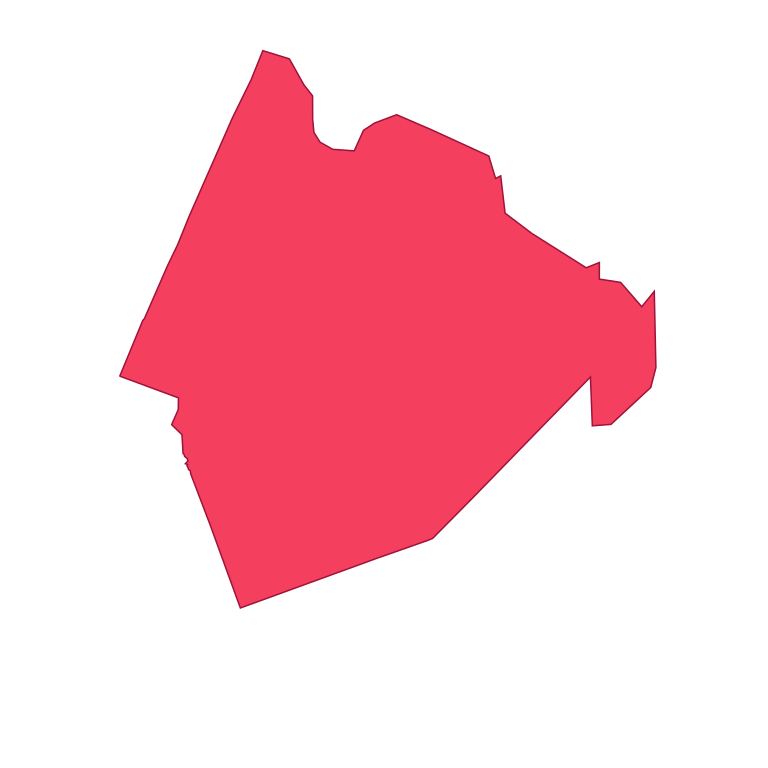 the district of Allegheny, Pennsylvania, United States of America, rotated 293°
{"feature_id": "52423323B21471861294441", "entity_name": "Allegheny", "entity_type": "district", "adm_level": 2, "iso_a3": "USA", "parent_name": "United States of America", "parent_adm1": "Pennsylvania", "projection": "albers", "projection_center": [-79.965, 40.435], "detail": "fine", "context": "isolated", "style": "filled", "palette": "rose", "viewbox_px": 768, "rotation_deg": 293, "n_neighbors": 0, "source": "geoboundaries", "source_scale": "gbopen_adm2", "svg_char_len": 951}
<svg xmlns="http://www.w3.org/2000/svg" viewBox="0 0 768 768"><g transform="rotate(293 384 384)"><path d="M288.2,137.7L288.0,138.1L290.9,200.2L280.1,204.6L263.6,204.4L258.4,217.8L241.5,226.2L241.1,227.5L239.4,228.8L238.5,231.9L236.6,233.6L233.0,232.3L233.2,234.7L231.7,234.6L230.2,236.6L228.9,237.4L228.7,239.3L225.4,241.5L186.7,278.7L121.7,339.3L220.0,444.7L257.4,485.7L260.9,489.1L312.7,509.7L345.8,522.6L377.3,534.8L471.1,571.3L426.9,592.1L435.5,608.7L485.0,630.9L505.3,627.9L574.9,596.6L555.9,591.0L570.0,562.1L564.7,541.2L580.0,534.8L570.0,524.7L580.4,461.0L588.6,428.7L621.2,410.1L616.8,406.4L634.8,391.4L636.6,327.4L636.8,290.4L620.6,273.4L609.5,266.0L587.0,265.5L586.6,264.4L580.0,245.1L581.6,230.7L588.2,221.2L599.6,215.0L621.3,205.7L628.2,193.2L646.3,169.9L643.5,142.2L643.2,142.2L612.2,142.8L570.4,140.5L463.0,139.1L431.5,139.6L408.4,138.5L350.6,137.9L348.2,137.1L288.2,137.7Z" fill="#f43f5e" stroke="#9f1239" stroke-width="1.5"/></g></svg>